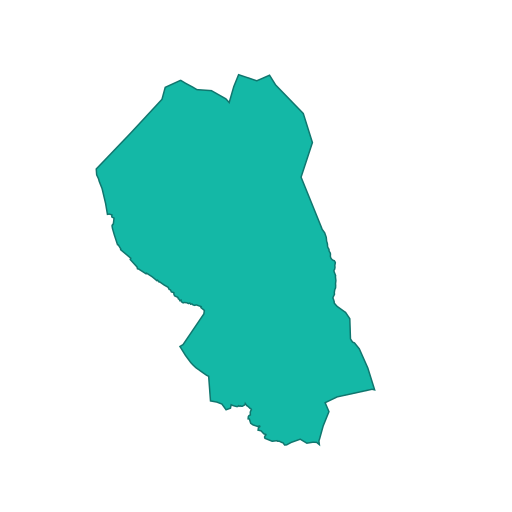 Santa Catarina Ixtepeji, Oaxaca, Mexico, rotated 144°
{"feature_id": "50627088B41329862144169", "entity_name": "Santa Catarina Ixtepeji", "entity_type": "district", "adm_level": 2, "iso_a3": "MEX", "parent_name": "Mexico", "parent_adm1": "Oaxaca", "projection": "mercator", "projection_center": [-96.56, 17.222], "detail": "fine", "context": "isolated", "style": "filled", "palette": "teal", "viewbox_px": 512, "rotation_deg": 144, "n_neighbors": 0, "source": "geoboundaries", "source_scale": "gbopen_adm2", "svg_char_len": 2860}
<svg xmlns="http://www.w3.org/2000/svg" viewBox="0 0 512 512"><g transform="rotate(144 256 256)"><path d="M134.0,343.5L139.6,382.8L138.8,394.3L152.0,397.2L152.4,397.3L163.5,412.9L174.4,406.1L187.5,395.9L188.0,400.8L194.9,416.0L206.0,425.3L208.0,430.0L211.5,437.2L213.6,442.2L214.0,442.5L230.3,445.8L240.0,438.0L261.3,433.8L285.2,429.1L324.0,422.1L334.1,420.3L337.2,415.3L338.0,411.1L339.0,408.4L340.9,401.0L346.8,386.9L351.7,377.0L350.1,376.2L348.4,374.0L349.6,372.5L349.6,371.9L349.3,371.5L348.6,370.1L351.9,366.5L352.7,365.7L353.6,365.8L353.9,365.3L354.7,365.1L355.9,362.7L358.2,356.4L361.4,346.5L360.9,346.0L361.2,341.4L361.8,340.7L358.6,327.8L359.8,327.1L358.7,317.0L359.4,315.3L358.6,314.4L355.4,306.2L354.6,306.4L352.2,300.2L350.7,294.3L349.9,294.3L349.7,291.9L349.1,291.6L347.4,286.6L345.5,282.4L345.9,280.0L345.1,278.9L345.6,276.7L344.0,274.7L344.8,273.5L345.3,271.7L343.5,268.4L344.0,267.1L343.6,266.1L343.8,264.5L342.6,264.4L343.2,262.8L342.5,260.9L341.4,260.6L339.3,258.7L338.7,257.3L337.2,256.8L337.2,255.4L336.0,254.9L335.7,253.5L334.6,252.1L333.1,251.6L330.1,247.3L330.9,246.6L330.5,245.3L329.8,242.3L332.2,239.8L367.1,227.2L370.7,227.5L371.5,216.9L371.4,208.0L371.0,204.8L370.3,201.0L367.7,193.2L366.1,188.6L365.0,186.5L378.0,165.5L373.6,160.9L370.6,156.3L370.6,149.2L366.1,147.9L363.5,150.3L362.8,148.9L361.5,147.2L359.9,145.3L358.9,144.9L358.1,145.2L357.6,144.3L357.3,143.8L356.6,143.9L356.1,143.0L355.4,142.5L352.9,142.2L351.9,142.4L351.4,142.9L351.4,140.9L351.4,140.2L351.1,139.9L350.6,137.7L350.4,136.2L349.9,135.7L350.1,134.3L350.8,134.1L351.9,133.4L352.4,133.1L354.0,130.7L354.7,130.9L355.5,131.0L356.7,130.5L358.1,128.9L357.2,128.0L358.6,123.8L357.7,121.1L354.9,117.2L353.0,116.4L353.2,115.7L355.0,115.6L356.7,113.9L354.7,111.6L354.2,107.5L352.9,105.8L353.2,105.4L353.6,105.3L354.3,105.2L355.5,104.5L355.9,103.2L351.8,96.6L347.6,94.3L347.6,93.7L346.0,92.4L344.8,90.1L344.0,89.2L343.9,86.2L342.2,85.2L337.1,84.5L327.9,81.8L324.9,74.7L319.4,71.9L316.5,69.6L315.6,66.2L313.8,69.4L311.9,70.8L301.6,79.0L288.5,87.2L286.3,96.7L273.1,94.3L240.5,80.0L238.7,78.0L231.4,99.6L227.0,120.2L227.4,127.8L228.5,129.6L228.3,133.4L217.0,150.1L216.7,157.6L220.0,167.6L220.3,170.6L220.3,172.1L219.6,173.1L218.8,175.4L218.5,176.9L216.9,177.9L215.1,178.8L213.9,180.7L212.8,181.7L212.2,182.4L210.4,183.4L208.9,185.3L207.9,186.9L206.6,188.3L205.8,189.2L204.0,192.4L203.1,193.4L202.1,197.2L201.8,197.9L201.5,198.5L200.1,199.1L198.7,200.5L197.9,201.9L197.0,202.8L196.0,203.7L195.6,204.2L195.4,206.1L196.4,207.7L196.6,208.7L196.7,210.2L196.0,212.1L194.9,213.4L194.2,214.6L194.0,216.7L193.7,217.5L193.2,218.2L192.9,219.5L192.9,220.6L192.3,222.0L191.2,223.6L190.6,225.1L190.2,226.4L188.2,229.8L186.8,234.4L186.8,234.5L186.8,236.4L186.8,238.8L186.3,240.5L173.2,293.3L159.9,302.9L143.7,314.6L134.0,343.5Z" fill="#14b8a6" stroke="#0f766e" stroke-width="1.5"/></g></svg>